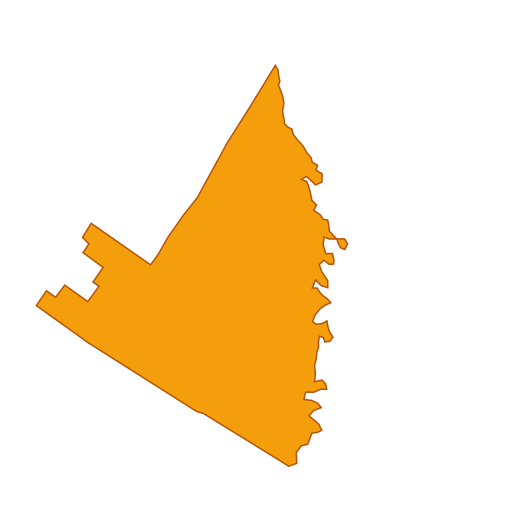 Nova Prata, Rio Grande do Sul, Brazil, rotated 35°
{"feature_id": "56859067B11495971220999", "entity_name": "Nova Prata", "entity_type": "district", "adm_level": 2, "iso_a3": "BRA", "parent_name": "Brazil", "parent_adm1": "Rio Grande do Sul", "projection": "orthographic", "projection_center": [-51.583, -28.732], "detail": "fine", "context": "isolated", "style": "filled", "palette": "amber", "viewbox_px": 512, "rotation_deg": 35, "n_neighbors": 0, "source": "geoboundaries", "source_scale": "gbopen_adm2", "svg_char_len": 1835}
<svg xmlns="http://www.w3.org/2000/svg" viewBox="0 0 512 512"><g transform="rotate(35 256 256)"><path d="M267.6,157.7L263.2,150.9L255.7,151.2L254.4,146.4L248.4,147.0L244.7,143.8L238.5,142.3L232.7,139.5L228.1,138.0L224.1,137.3L216.8,135.1L212.5,131.4L208.1,132.2L203.5,131.3L199.5,126.9L194.7,122.2L191.1,114.7L186.5,110.1L182.1,106.8L176.6,103.3L175.2,99.0L170.8,95.0L167.2,90.9L162.5,88.7L165.5,136.8L167.5,179.7L168.9,192.2L174.4,241.6L173.1,264.3L173.1,291.3L174.9,310.6L174.7,323.7L102.2,323.8L103.2,340.2L112.2,342.0L112.4,352.5L137.3,353.0L137.4,370.8L144.7,370.9L144.4,389.8L116.0,389.6L115.5,404.7L104.3,404.7L104.5,422.6L168.5,423.3L296.6,417.4L303.6,415.1L309.4,414.8L345.1,412.7L403.4,409.4L408.3,402.4L404.8,398.0L401.7,393.8L402.0,385.4L406.3,380.6L403.4,369.0L407.6,365.1L409.8,361.0L403.7,357.7L396.6,357.0L391.0,356.5L391.9,349.4L396.4,342.8L391.1,341.2L384.3,342.4L377.6,346.1L374.7,339.1L381.6,334.3L385.4,328.0L390.4,324.6L386.4,320.9L381.3,319.7L376.1,325.4L372.1,318.2L366.8,312.2L364.4,305.9L360.9,299.5L359.6,294.7L356.5,290.8L354.0,285.4L358.0,284.1L361.7,286.9L365.4,283.6L365.5,278.3L359.9,276.0L355.3,272.6L351.4,268.5L348.9,273.4L344.7,277.3L339.9,277.3L338.3,270.5L338.8,262.2L341.3,255.9L344.1,251.4L338.6,250.1L333.0,250.1L328.4,248.9L324.4,247.2L320.4,249.9L318.5,241.4L326.2,242.9L333.0,240.8L328.8,235.0L319.1,231.3L312.7,226.8L314.1,220.5L320.6,220.9L324.2,218.1L321.6,213.9L317.1,210.1L311.7,214.1L304.6,208.3L300.8,201.5L306.3,200.0L312.4,195.7L306.9,194.7L301.8,193.5L297.7,188.9L294.1,185.4L290.0,187.4L284.6,185.3L277.1,185.6L276.3,179.5L269.9,178.4L263.9,172.6L258.8,168.5L254.8,165.8L249.3,167.3L251.7,161.8L258.5,162.7L263.9,163.7L267.6,157.7ZM312.4,195.7L316.3,198.5L320.6,200.7L325.1,199.8L324.0,193.5L318.6,191.2L312.4,195.7Z" fill="#f59e0b" stroke="#b45309" stroke-width="1.5"/></g></svg>